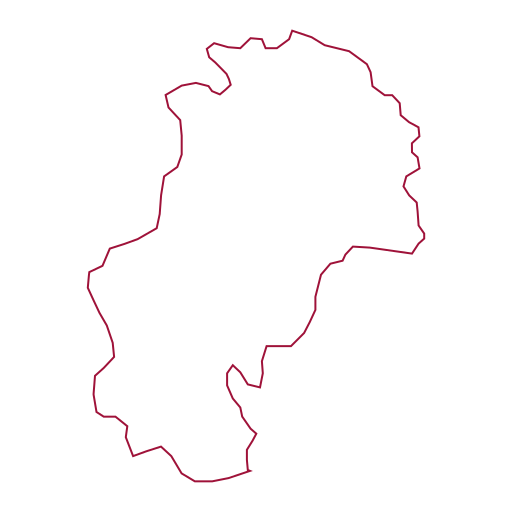 outline of Gimcheon-si, North Gyeongsang, South Korea
{"feature_id": "91817680B51485783996699", "entity_name": "Gimcheon-si", "entity_type": "district", "adm_level": 2, "iso_a3": "KOR", "parent_name": "South Korea", "parent_adm1": "North Gyeongsang", "projection": "equal_earth", "projection_center": [128.084, 36.038], "detail": "fine", "context": "isolated", "style": "outline", "palette": "rose", "viewbox_px": 512, "rotation_deg": 0, "n_neighbors": 0, "source": "geoboundaries", "source_scale": "gbopen_adm2", "svg_char_len": 1527}
<svg xmlns="http://www.w3.org/2000/svg" viewBox="0 0 512 512"><path d="M214.1,43.2L206.8,48.9L209.2,57.3L215.2,62.4L226.5,73.9L228.9,79.0L230.7,84.8L225.3,89.9L219.9,94.4L212.1,91.2L208.5,86.1L195.9,82.9L181.7,85.6L165.6,95.0L168.5,107.5L180.2,120.1L181.7,135.7L181.7,154.5L177.3,167.0L164.1,176.4L161.1,195.2L159.7,214.1L156.7,228.2L137.7,239.1L124.5,243.9L109.8,248.6L102.5,265.8L89.3,272.1L88.9,275.5L87.8,287.8L93.6,300.4L99.5,312.9L106.8,325.5L112.7,342.8L114.1,356.9L103.8,367.9L95.0,375.8L93.6,393.7L93.6,394.7L96.5,412.0L103.8,416.7L115.5,416.7L127.3,426.2L125.8,437.2L133.1,456.1L146.3,451.3L161.0,446.6L171.3,456.1L181.6,473.4L194.8,481.3L212.4,481.3L228.5,478.1L250.0,470.9L247.8,470.0L246.9,459.9L246.9,449.8L252.5,440.8L256.3,433.7L250.6,428.7L242.2,416.6L240.3,407.5L232.8,398.5L227.1,385.4L227.1,373.3L232.8,365.2L240.3,372.3L247.8,384.4L260.0,387.4L262.8,373.3L261.9,361.2L266.6,346.1L278.8,346.1L291.0,346.1L304.1,333.0L309.8,322.0L315.4,309.9L315.4,296.8L321.0,274.7L330.4,263.7L342.6,260.7L345.4,254.6L352.9,246.6L369.8,247.6L383.9,249.6L412.0,253.6L418.6,243.6L424.2,238.6L424.2,233.6L418.6,225.5L417.6,211.5L416.7,202.5L409.2,195.4L403.5,186.4L406.3,176.4L419.5,168.4L417.6,157.3L412.0,152.3L411.9,143.3L419.4,136.3L418.5,127.3L409.1,122.2L400.7,115.2L399.7,103.2L392.2,95.2L384.7,95.2L372.5,86.2L370.6,72.2L366.9,64.2L349.1,51.2L324.7,45.2L311.6,37.2L292.2,30.7L289.1,39.2L276.9,48.2L265.6,48.2L261.9,39.2L250.6,38.2L240.3,48.2L228.1,47.2L214.1,43.2Z" fill="none" stroke="#9f1239" stroke-width="2"/></svg>